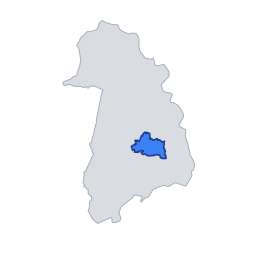 location of Sanmatenga, Sanmatenga, Burkina Faso, rotated 102°
{"feature_id": "67063806B54692073140068", "entity_name": "Sanmatenga", "entity_type": "district", "adm_level": 2, "iso_a3": "BFA", "parent_name": "Burkina Faso", "parent_adm1": "Sanmatenga", "projection": "mercator", "projection_center": [-1.024, 13.246], "detail": "fine", "context": "in_parent", "style": "filled", "palette": "blue", "viewbox_px": 256, "rotation_deg": 102, "n_neighbors": 0, "source": "geoboundaries", "source_scale": "gbopen_adm2", "svg_char_len": 7412}
<svg xmlns="http://www.w3.org/2000/svg" viewBox="0 0 256 256"><g transform="rotate(102 128 128)"><path d="M190.2,160.7L183.7,161.0L181.3,161.7L179.9,161.7L179.8,161.1L179.7,160.8L171.5,158.8L165.8,157.6L159.9,156.3L159.6,157.5L158.8,158.3L157.5,158.4L156.6,158.2L156.1,159.1L155.1,160.4L153.7,161.0L152.4,161.8L151.7,162.4L151.1,162.5L149.8,160.9L148.0,160.7L144.7,161.0L143.2,160.5L141.2,160.3L136.4,160.6L128.8,160.0L127.5,160.3L127.2,160.6L119.6,160.7L111.3,160.8L104.3,160.9L98.2,160.9L98.2,160.6L96.2,160.6L96.0,161.1L94.2,167.5L94.1,171.0L95.0,173.2L96.0,174.6L97.2,175.1L97.3,175.9L96.4,176.9L96.4,177.9L97.5,179.0L97.8,180.1L97.2,181.3L97.4,184.1L98.2,188.5L98.2,191.4L97.4,192.7L97.8,194.9L99.3,198.1L99.6,199.4L99.0,200.1L97.8,200.9L96.5,200.9L95.1,198.9L94.4,198.1L93.2,196.1L92.2,194.2L90.8,193.3L89.5,192.5L87.9,190.0L86.3,188.9L84.6,189.2L82.2,188.7L77.3,188.1L72.0,188.3L69.8,188.9L67.6,189.8L62.2,191.8L60.0,192.8L58.3,195.2L56.5,195.2L54.6,194.4L53.5,193.3L51.0,193.5L48.5,192.4L46.2,190.3L44.5,189.5L42.3,188.0L41.7,185.0L40.3,182.9L39.0,180.0L37.1,178.7L34.9,178.0L31.9,178.2L29.9,177.0L28.3,175.3L28.8,173.8L29.5,171.7L29.5,169.7L30.0,166.4L29.7,162.3L29.2,159.5L30.8,158.3L32.8,157.2L34.0,155.3L35.2,150.9L35.7,147.2L35.4,145.8L34.7,144.6L34.2,143.0L33.9,141.0L34.3,139.3L35.7,137.7L37.6,136.3L38.9,135.7L42.3,135.0L46.6,134.0L49.1,132.9L50.9,131.8L51.9,130.9L53.0,129.0L54.6,127.6L55.9,126.2L56.1,122.2L56.1,119.9L55.1,118.6L54.6,117.5L61.0,114.4L61.0,112.2L60.2,109.7L58.9,107.7L58.4,106.0L60.2,104.0L61.8,102.4L62.9,101.1L65.4,99.2L68.0,98.7L70.4,99.4L77.4,104.0L78.6,104.3L80.1,104.0L81.9,102.8L84.3,101.8L85.2,98.7L85.1,94.1L85.6,92.0L86.9,91.6L90.9,92.5L92.0,92.6L93.1,92.3L94.0,91.5L94.0,90.0L93.8,88.7L95.1,84.4L97.5,81.2L102.3,77.2L103.8,76.4L105.6,76.0L114.2,78.8L115.7,78.1L117.8,71.3L120.1,70.6L122.9,70.5L124.8,69.9L125.7,69.5L129.9,66.9L137.1,63.4L141.0,61.8L141.8,61.3L144.6,58.8L148.3,55.9L150.7,55.3L154.0,55.1L156.0,55.6L156.6,56.4L157.3,56.8L161.5,55.6L167.7,57.5L173.0,59.4L172.6,60.7L172.6,62.8L172.1,66.2L171.6,70.2L173.8,72.9L176.4,75.7L177.1,76.8L176.4,79.5L176.9,81.2L178.3,83.9L180.6,87.3L183.0,90.9L184.7,91.3L186.3,91.6L187.3,92.2L188.7,92.8L190.1,93.2L191.3,94.0L192.1,94.8L193.1,97.0L195.8,98.4L197.7,99.8L197.0,100.5L194.6,100.2L192.4,99.6L192.1,100.7L192.0,104.7L192.3,108.0L192.9,108.4L195.1,109.0L200.4,113.3L205.3,117.4L206.9,118.5L209.6,118.9L212.6,119.1L213.9,118.7L216.8,116.6L218.3,116.4L219.7,116.5L220.5,116.8L221.9,118.5L223.2,121.0L223.6,122.9L223.4,123.9L223.0,124.2L220.6,124.7L219.6,125.1L219.3,125.6L219.7,126.9L220.2,127.7L222.8,131.3L226.5,136.3L227.7,137.5L227.0,139.0L225.1,142.8L223.7,144.4L217.4,149.8L214.3,149.2L207.8,150.3L206.8,149.0L205.3,148.9L203.4,149.1L202.7,149.6L202.5,150.1L201.9,150.8L200.7,153.0L199.7,153.5L198.6,153.9L197.2,153.8L196.3,154.1L196.3,155.2L196.1,156.1L195.1,156.6L194.7,157.6L194.8,158.6L194.2,159.1L193.0,158.8L192.3,158.5L191.6,159.9L190.8,160.8L190.2,160.7Z" fill="#d9dde1" stroke="#a8b0b8" stroke-width="1"/><path d="M150.1,116.7L150.1,116.3L150.1,115.5L150.1,115.2L150.0,114.8L150.0,114.5L150.0,114.2L149.9,114.0L149.6,113.6L149.6,113.4L149.2,113.2L149.3,113.0L149.2,112.8L149.2,112.7L149.3,112.5L149.1,112.5L148.8,112.5L148.7,112.6L148.5,112.4L148.1,112.1L148.1,111.6L147.8,111.2L147.6,110.6L147.0,109.7L146.9,108.9L147.0,108.7L147.6,108.2L147.8,108.2L148.5,109.0L148.8,109.4L149.0,109.7L149.1,109.8L149.3,109.9L149.5,109.9L149.7,109.7L150.1,109.4L150.2,109.2L150.3,109.0L150.4,108.9L150.5,108.5L150.7,108.0L150.7,107.7L150.5,107.1L150.2,106.3L150.0,105.8L150.0,105.6L150.2,105.1L150.3,104.7L150.8,104.1L150.9,103.9L150.9,102.2L150.9,101.3L150.9,101.1L150.5,100.5L150.5,100.4L150.3,99.8L150.3,99.5L150.0,98.5L149.7,97.8L149.8,97.5L149.7,97.1L149.2,97.1L148.9,96.9L148.9,96.6L148.8,96.4L148.9,95.9L148.1,94.4L148.1,94.2L148.2,93.8L148.0,93.2L147.9,92.7L148.0,92.5L148.2,92.2L148.0,91.7L148.1,91.4L148.3,91.2L148.5,91.1L148.8,90.9L149.0,90.7L149.3,90.5L149.5,90.3L149.9,90.3L150.0,90.3L150.2,90.1L150.2,89.9L150.4,89.4L150.6,89.1L150.6,88.9L150.4,88.5L150.4,88.3L150.4,88.2L150.5,87.9L150.7,87.7L150.6,87.4L150.5,87.1L150.4,86.7L150.2,86.2L150.2,85.6L150.2,85.2L150.1,84.9L150.0,84.6L149.9,84.5L149.6,84.7L149.4,84.7L149.2,84.7L148.7,84.7L148.5,84.8L148.4,85.0L148.3,85.3L148.2,85.3L148.1,85.2L147.9,85.1L147.6,85.1L147.4,85.3L147.3,85.5L147.2,85.6L146.9,85.6L146.7,85.7L146.4,85.9L146.3,86.0L146.2,86.0L146.1,86.4L145.9,86.5L145.7,86.6L145.4,86.6L145.2,86.7L145.0,86.8L144.5,86.9L144.1,86.8L143.7,86.7L143.4,86.6L142.9,86.6L142.7,86.7L142.7,86.9L142.6,87.0L142.6,87.4L142.4,87.6L142.2,87.6L141.8,87.7L141.5,87.6L141.1,87.7L140.7,88.0L140.3,88.8L140.1,89.1L139.9,89.1L139.7,89.2L139.4,88.9L139.2,88.8L138.8,89.1L138.4,89.2L137.8,89.2L137.5,89.2L137.2,89.1L136.9,89.1L136.6,89.3L136.1,89.3L135.1,89.5L134.5,89.7L134.3,89.6L133.5,89.4L133.4,89.6L133.5,89.9L133.5,90.0L134.1,90.8L134.5,91.1L134.6,91.5L134.3,91.9L134.3,92.1L134.4,92.3L134.3,92.5L133.9,92.8L133.7,93.0L133.6,93.5L133.4,94.0L132.9,94.5L133.0,94.7L133.5,95.4L133.6,95.8L133.8,96.2L133.8,96.3L133.7,96.4L133.6,96.5L133.0,96.5L132.9,96.6L132.5,97.1L132.3,97.2L132.3,97.3L132.5,97.7L132.6,98.0L133.0,98.5L133.4,98.7L133.4,98.8L133.5,98.9L133.8,99.1L133.9,99.3L133.9,99.5L134.1,99.9L134.1,100.0L134.3,100.3L134.3,100.5L134.5,100.5L134.8,100.8L134.8,101.0L134.7,101.1L134.4,101.3L134.3,101.7L133.9,102.0L133.9,102.4L133.9,102.5L133.7,102.6L133.6,102.8L133.9,103.2L134.0,103.7L134.2,104.2L134.2,104.3L134.2,104.5L133.8,104.5L133.7,104.3L133.4,104.2L132.9,104.2L132.4,104.5L132.0,104.9L131.8,104.9L131.4,104.9L131.1,104.9L130.5,105.2L130.0,105.3L129.9,105.4L129.7,105.4L129.5,105.5L129.4,105.6L129.0,105.6L128.9,105.6L128.8,105.8L128.8,106.1L128.8,106.4L128.7,106.6L128.6,106.8L128.4,107.7L128.5,107.8L128.8,107.9L129.2,108.1L129.5,108.4L129.5,108.8L129.5,109.1L129.4,109.1L129.2,109.4L129.1,109.2L128.9,109.2L128.5,109.2L128.4,109.2L128.4,109.3L128.5,109.6L128.8,110.0L128.9,110.4L128.8,110.7L128.8,111.0L129.0,111.1L129.8,111.3L130.0,111.6L130.1,111.9L130.2,112.0L130.7,112.1L131.3,112.0L131.6,112.3L131.8,112.3L132.1,112.1L132.5,112.0L132.8,112.1L133.0,112.2L133.2,112.4L133.2,112.5L133.3,112.8L133.2,112.9L133.0,113.0L132.9,113.1L132.9,113.3L133.0,113.3L133.3,113.4L133.7,113.2L133.9,113.2L134.5,113.5L134.9,113.7L135.3,113.7L135.9,113.6L136.3,113.6L136.7,113.7L137.2,114.0L137.6,114.2L138.0,114.5L138.4,114.7L138.5,114.7L138.4,114.8L138.4,115.0L138.5,115.7L138.5,116.0L138.5,116.3L138.3,116.5L138.2,116.5L138.3,116.7L138.4,116.8L138.4,117.1L138.6,117.2L138.9,117.1L139.1,117.1L139.2,117.3L139.2,117.5L138.8,117.8L138.6,117.9L138.5,118.0L138.7,118.3L138.7,118.5L138.8,118.5L139.1,118.5L139.1,118.4L139.3,118.2L139.3,117.8L139.5,117.6L139.5,117.1L139.9,117.0L140.5,117.2L141.0,117.3L141.6,117.4L141.9,117.5L142.1,117.5L142.3,117.5L142.3,117.4L142.5,117.7L142.8,118.0L143.2,117.9L143.2,118.1L142.9,118.5L143.2,118.6L143.4,118.6L143.5,118.6L143.6,119.1L143.9,119.3L144.1,119.5L144.3,119.8L144.4,120.2L144.4,120.3L144.5,120.3L144.9,120.4L145.5,120.8L146.1,120.6L146.3,120.3L146.4,120.2L146.7,120.0L147.2,119.9L147.5,119.8L147.8,119.6L147.8,119.4L148.0,119.2L148.3,119.2L148.8,118.9L148.7,118.8L148.7,118.7L148.4,118.1L148.1,117.9L148.0,117.7L147.9,117.5L147.8,117.3L147.9,117.2L148.1,117.1L148.3,117.0L148.4,116.9L148.5,116.8L148.9,116.7L149.1,116.7L149.4,116.8L149.6,116.7L150.1,116.7Z" fill="#3b82f6" stroke="#1e3a8a" stroke-width="1.5"/></g></svg>